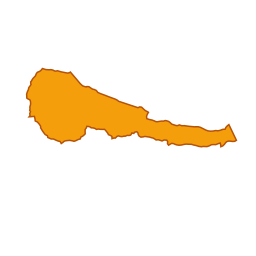 Rongo, Nyanza, Kenya (orthographic projection), rotated 288°
{"feature_id": "3690345B66015009568744", "entity_name": "Rongo", "entity_type": "district", "adm_level": 2, "iso_a3": "KEN", "parent_name": "Kenya", "parent_adm1": "Nyanza", "projection": "orthographic", "projection_center": [34.594, -0.817], "detail": "fine", "context": "isolated", "style": "filled", "palette": "amber", "viewbox_px": 256, "rotation_deg": 288, "n_neighbors": 0, "source": "geoboundaries", "source_scale": "gbopen_adm2", "svg_char_len": 3294}
<svg xmlns="http://www.w3.org/2000/svg" viewBox="0 0 256 256"><g transform="rotate(288 128 128)"><path d="M149.8,234.9L162.4,222.9L160.8,221.8L158.8,220.9L156.8,220.7L156.1,218.7L154.2,216.3L153.1,214.3L152.7,212.2L151.4,209.9L150.4,207.2L150.0,204.9L150.1,202.5L150.6,199.4L151.0,196.6L150.9,194.6L150.7,193.7L150.4,192.9L149.6,190.6L149.1,188.3L148.5,185.7L148.0,182.9L147.6,180.7L146.8,178.4L146.8,175.8L145.7,174.6L145.2,173.1L145.2,170.7L145.2,168.4L146.2,166.4L146.8,164.6L146.8,162.7L146.6,161.1L145.4,159.5L145.1,158.1L144.0,155.8L142.9,153.7L142.7,152.3L142.9,150.7L143.0,148.6L142.7,145.7L142.7,143.0L144.4,142.2L145.5,142.0L147.4,142.2L149.2,142.6L149.5,141.8L149.6,141.1L149.8,139.7L150.2,138.3L151.1,136.4L152.0,134.5L151.7,132.6L150.4,131.2L150.5,110.8L151.1,109.4L151.5,107.1L151.8,99.5L152.0,96.2L152.2,91.1L152.5,88.3L153.9,86.3L154.2,83.9L154.0,82.3L154.5,80.4L155.2,78.1L154.7,76.0L154.1,75.5L154.0,73.4L154.1,71.7L155.4,68.9L156.9,66.5L157.9,64.9L163.4,55.9L162.5,55.2L161.6,53.7L161.3,51.7L161.1,49.8L160.8,47.5L160.7,45.6L160.7,43.4L159.8,41.7L159.6,41.0L159.6,40.1L159.9,38.7L159.7,36.8L158.9,34.7L158.2,31.9L158.1,28.2L157.4,28.0L155.9,27.4L154.5,26.4L153.9,25.7L153.1,24.7L152.3,24.3L151.2,24.0L149.8,23.9L149.2,23.9L148.6,23.7L147.4,23.1L146.8,22.8L146.2,22.5L144.8,22.0L143.0,21.7L142.5,21.5L141.8,21.2L140.3,21.8L139.4,22.3L137.9,21.9L136.5,21.4L135.7,21.2L135.2,21.2L133.8,21.4L132.1,21.2L131.4,21.1L130.8,21.1L128.9,21.1L127.5,21.7L126.6,22.0L125.2,22.5L124.9,23.3L124.7,24.1L124.5,25.6L124.1,26.4L122.8,27.2L121.3,27.8L120.0,28.1L119.1,28.1L117.6,28.2L116.1,28.8L115.4,29.0L114.5,29.0L113.4,30.2L111.4,30.1L109.5,31.0L108.1,30.5L108.4,31.2L108.7,32.1L109.4,33.6L110.1,35.4L108.0,36.7L106.0,37.6L105.7,40.0L104.3,42.3L103.3,43.6L102.9,44.1L102.3,44.5L101.1,44.9L99.7,46.5L98.0,48.6L96.2,51.2L95.7,53.8L94.2,54.7L94.0,56.7L93.8,58.2L94.5,60.5L94.2,62.9L94.1,63.6L94.1,64.3L94.0,65.7L94.2,67.6L92.6,69.3L94.1,70.5L95.5,71.3L96.0,71.8L96.5,72.5L97.2,74.0L98.2,76.3L98.6,78.9L98.7,80.8L99.8,82.3L101.5,84.0L102.9,86.0L104.8,86.0L106.2,87.4L107.6,88.3L109.2,89.1L111.4,88.3L113.4,87.7L115.1,88.3L116.9,88.4L117.2,89.8L117.3,91.4L116.8,92.9L117.3,94.8L117.4,96.7L116.9,98.4L117.8,100.0L118.2,102.1L118.9,104.5L119.5,106.1L118.4,108.0L117.0,110.1L115.6,111.5L115.5,113.6L115.0,115.3L112.9,116.1L114.1,117.7L114.6,119.2L116.5,120.0L117.6,121.5L117.5,123.1L117.9,124.9L119.0,126.7L119.4,128.0L120.8,129.6L121.2,131.3L122.1,132.7L123.5,133.1L124.5,133.2L124.6,135.2L126.0,135.6L126.4,136.2L127.2,137.5L126.3,139.0L124.9,139.8L123.7,141.2L123.3,143.1L124.2,145.1L125.2,146.7L125.6,149.0L126.0,151.1L126.0,152.8L126.2,154.9L125.8,156.9L125.3,158.4L126.2,160.5L126.2,162.3L126.2,164.4L127.7,166.0L128.2,167.8L128.4,168.6L127.2,170.0L125.3,170.4L124.2,171.9L125.6,173.1L126.9,174.3L127.2,176.3L127.0,177.9L127.0,179.6L127.4,181.9L128.4,184.2L129.8,186.5L130.7,188.4L131.2,190.4L132.1,193.4L132.1,195.7L132.3,197.4L132.4,198.9L132.4,201.0L132.8,203.5L133.7,205.3L134.2,207.1L134.8,209.0L136.3,211.0L137.8,212.4L138.0,212.8L138.4,213.7L138.8,214.9L139.3,216.6L140.8,218.4L142.2,220.3L140.7,221.3L138.9,222.1L140.3,223.7L142.4,224.8L144.0,225.3L145.4,226.0L146.5,227.4L147.0,228.9L147.5,231.6L148.3,233.6L149.8,234.9Z" fill="#f59e0b" stroke="#b45309" stroke-width="1.5"/></g></svg>